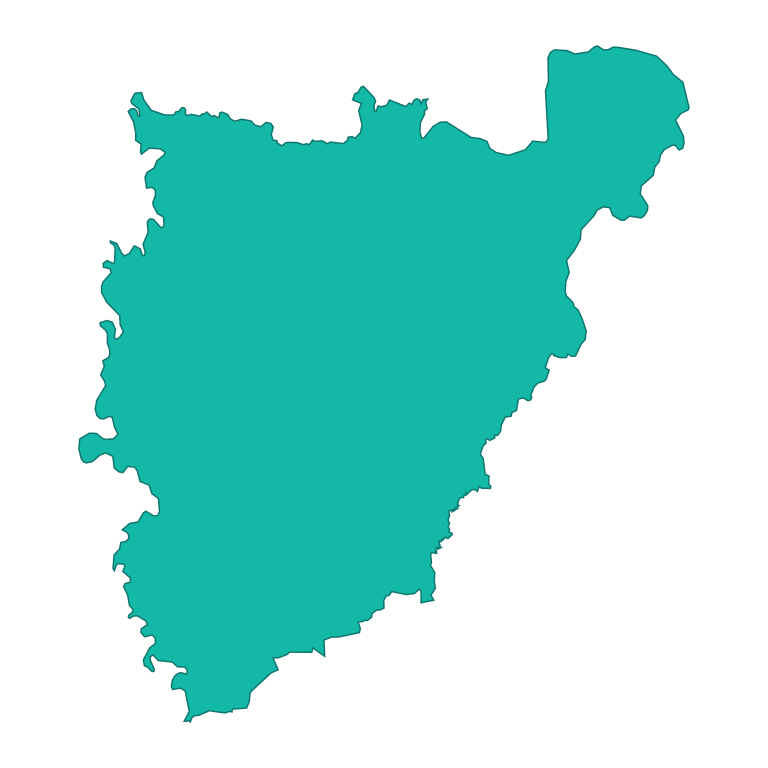 outline of Wiang Sa, Surat Thani, Thailand
{"feature_id": "78962969B32749980960035", "entity_name": "Wiang Sa", "entity_type": "district", "adm_level": 2, "iso_a3": "THA", "parent_name": "Thailand", "parent_adm1": "Surat Thani", "projection": "natural_earth1", "projection_center": [99.354, 8.589], "detail": "fine", "context": "isolated", "style": "filled", "palette": "teal", "viewbox_px": 768, "rotation_deg": 0, "n_neighbors": 0, "source": "geoboundaries", "source_scale": "gbopen_adm2", "svg_char_len": 6089}
<svg xmlns="http://www.w3.org/2000/svg" viewBox="0 0 768 768"><path d="M141.5,92.5L135.0,93.2L131.0,100.6L131.7,103.4L139.0,109.1L139.9,116.0L138.1,116.2L136.7,110.7L134.6,108.8L131.2,108.8L128.2,111.5L133.6,122.1L135.8,133.3L135.6,140.3L141.2,144.2L140.5,151.9L141.4,154.1L149.4,148.1L160.5,148.9L165.0,152.3L164.4,154.7L157.1,160.6L154.1,167.9L147.0,172.5L145.0,177.4L146.6,188.1L152.0,187.3L155.3,190.0L155.4,195.6L153.0,202.0L153.1,205.2L157.4,213.5L163.4,217.0L164.1,224.4L162.9,227.3L161.1,227.8L153.6,219.5L150.2,218.8L148.1,220.6L147.3,223.2L148.2,232.2L143.1,244.2L145.3,252.9L144.1,255.9L142.6,255.5L140.1,248.7L134.2,245.9L129.4,253.4L124.6,256.0L121.6,253.1L116.7,243.4L110.4,241.1L110.4,242.8L113.8,244.9L115.2,248.4L114.5,262.5L113.1,263.4L107.0,260.6L103.2,263.4L103.5,267.3L110.2,268.8L111.2,272.7L103.1,282.0L101.5,286.8L101.6,292.6L106.6,302.0L119.7,315.6L120.2,324.7L123.4,331.8L119.5,337.5L116.3,339.3L114.3,337.6L115.4,329.3L112.3,322.1L106.8,320.5L100.0,322.8L100.5,325.8L105.4,330.0L107.5,333.9L107.3,342.9L109.5,349.1L109.8,354.4L108.4,357.6L102.9,360.7L104.3,366.5L100.7,374.9L104.8,381.6L105.6,385.6L96.7,400.4L95.2,409.2L96.9,415.4L100.1,418.6L103.7,418.9L109.1,416.5L112.2,417.1L114.4,426.9L118.0,434.3L113.5,438.8L105.9,439.5L102.3,438.3L96.3,433.4L89.3,433.2L79.7,439.1L78.9,449.0L81.3,458.7L83.5,461.8L86.2,462.9L92.4,461.5L99.9,455.1L105.6,452.9L112.8,456.3L114.3,468.0L118.7,471.7L122.8,472.7L127.7,466.4L134.7,467.1L137.3,470.9L140.1,481.5L149.1,485.1L151.9,493.7L158.5,498.5L159.5,511.6L157.9,515.4L154.1,516.1L145.8,511.2L143.4,512.9L138.1,522.0L129.6,523.5L122.3,529.9L127.1,532.4L128.8,535.5L128.7,538.6L126.0,541.3L120.9,542.5L119.5,549.1L114.1,555.0L113.0,568.6L114.4,570.7L116.3,565.1L118.0,563.7L123.7,564.1L125.0,566.1L122.8,571.4L130.3,577.8L130.4,582.1L125.1,583.6L123.6,586.5L127.7,595.2L129.4,605.2L133.1,609.6L132.7,612.0L128.7,615.4L128.4,617.6L129.7,618.3L133.5,616.0L137.6,615.9L146.1,621.1L147.3,624.9L141.3,628.6L141.0,632.6L144.7,636.8L152.4,634.9L155.2,638.3L155.5,643.4L149.8,647.8L143.4,659.8L144.4,665.8L147.6,667.1L152.0,671.5L153.9,671.4L154.4,669.8L150.1,659.6L150.3,656.7L153.0,654.9L158.3,660.5L172.3,662.1L177.5,666.8L184.7,667.0L186.9,669.7L187.4,672.4L186.4,673.9L180.0,672.7L175.5,675.2L172.6,679.7L171.3,686.4L172.6,689.5L180.1,688.1L185.1,690.8L189.3,711.3L184.2,721.3L188.7,720.8L190.3,721.9L191.9,717.7L194.1,715.8L198.6,715.4L209.3,710.7L224.8,712.9L230.0,711.3L231.9,712.0L232.4,709.1L246.6,708.0L249.2,701.8L250.1,693.1L251.6,690.9L271.3,672.7L278.1,669.8L273.0,658.0L278.6,657.7L287.0,654.5L289.5,652.1L311.7,652.3L313.0,648.0L324.7,656.3L323.9,640.1L331.4,637.1L339.1,636.9L359.4,632.6L360.3,628.6L358.2,622.0L363.2,621.4L365.2,619.9L367.1,620.7L371.6,617.2L372.2,613.4L377.4,609.7L379.3,610.2L384.0,608.1L383.7,600.5L386.3,595.9L389.2,595.3L391.7,591.6L406.4,594.5L414.4,593.5L419.1,589.3L421.1,590.6L421.1,602.8L433.8,600.2L431.0,595.2L435.3,588.3L434.3,580.6L434.8,572.6L430.5,565.5L431.4,562.4L430.7,555.3L431.2,552.6L436.6,553.4L436.6,551.4L435.4,551.4L436.3,547.6L437.2,547.3L437.8,549.2L441.3,547.4L439.4,546.8L440.2,545.2L439.2,544.4L439.3,541.1L441.0,541.8L441.8,539.4L442.8,540.1L445.2,537.2L447.9,538.6L452.2,534.6L451.7,533.0L449.1,532.1L449.5,529.2L448.1,526.5L449.5,523.4L448.0,520.0L449.6,515.5L448.8,511.3L453.1,509.8L452.4,511.6L454.5,510.5L455.0,508.3L455.6,509.6L457.8,508.4L457.2,506.9L459.1,505.6L457.5,504.8L458.7,500.3L460.2,497.6L463.6,497.5L463.8,495.5L465.8,495.1L465.8,492.7L466.9,494.3L471.7,489.8L474.5,489.4L477.4,491.4L479.1,486.6L481.8,488.3L490.4,488.4L490.8,486.1L489.2,485.1L488.7,482.6L489.0,476.0L485.1,474.2L483.2,458.6L480.3,454.1L483.1,445.9L486.1,443.0L485.6,439.9L487.0,438.6L489.7,440.4L494.7,438.0L494.6,435.2L497.6,435.4L500.6,431.2L501.3,425.2L505.1,417.1L511.3,416.1L511.8,412.5L516.4,410.6L518.4,398.9L523.6,398.0L527.9,400.7L530.8,399.8L531.8,396.7L530.7,395.4L534.0,387.0L537.7,383.2L544.1,381.2L546.2,379.2L549.2,370.1L545.2,367.9L548.5,357.8L551.1,354.1L552.9,353.8L554.2,355.8L560.0,357.6L566.3,357.5L568.0,354.0L571.3,356.3L575.5,356.0L581.1,344.1L585.1,339.7L586.2,331.1L582.1,318.6L578.1,310.0L574.3,306.9L572.9,302.6L566.4,295.9L565.1,291.5L565.9,281.4L569.2,272.3L566.5,260.6L574.6,249.9L580.4,239.2L581.1,229.7L594.3,215.4L597.0,210.1L603.5,206.8L609.7,207.7L612.9,215.5L621.3,220.3L624.5,220.1L629.6,216.1L641.2,217.9L644.2,215.8L647.4,210.5L647.8,205.7L640.2,193.8L641.4,185.8L653.2,175.4L654.8,167.1L659.2,161.4L660.4,155.2L664.3,149.5L672.3,145.2L675.3,145.3L679.1,150.0L682.8,148.1L684.0,142.6L683.4,136.1L675.5,120.1L680.9,113.4L688.0,110.0L689.1,107.8L682.9,82.3L673.1,74.4L667.2,66.2L656.7,56.2L635.6,50.2L617.7,47.3L613.2,47.1L608.3,49.7L603.7,49.9L597.5,46.1L594.6,46.8L588.2,52.0L574.6,54.0L567.1,50.6L554.4,49.9L550.5,52.3L548.0,57.9L548.5,81.3L545.5,90.8L548.2,138.8L546.1,142.0L544.3,142.4L532.7,141.1L525.4,149.8L508.5,155.3L496.3,152.6L489.9,148.5L487.0,141.4L479.8,138.6L471.0,137.4L446.4,121.9L440.1,122.3L433.3,126.3L424.1,137.7L421.7,138.5L419.8,131.5L420.5,122.4L424.4,114.6L424.7,110.4L427.2,108.7L425.7,101.8L427.8,99.1L423.0,99.7L421.1,103.7L419.7,100.0L416.4,98.8L413.8,100.4L412.2,104.3L409.1,103.2L405.9,106.6L389.5,100.0L386.9,105.2L381.3,106.7L378.1,106.0L376.1,111.3L374.6,111.5L374.0,105.2L375.6,101.4L374.1,97.6L363.5,86.4L361.1,87.2L357.9,92.5L354.8,93.8L352.6,99.9L361.4,103.4L358.7,110.6L362.1,125.1L360.4,132.7L355.1,138.2L352.0,136.6L348.2,137.2L347.3,140.5L343.3,143.6L330.5,142.0L327.5,143.8L322.2,140.8L314.9,141.4L312.7,140.0L308.9,144.9L306.8,143.7L303.5,144.7L296.9,142.6L289.5,142.4L286.0,142.7L281.8,145.8L277.0,142.9L276.9,140.7L273.0,140.2L271.3,134.4L273.3,127.0L271.0,123.6L266.2,122.4L260.8,126.7L254.8,125.1L251.2,121.0L241.5,119.2L234.8,121.3L230.5,119.0L227.5,114.3L221.9,112.1L219.6,113.1L219.5,116.8L217.9,117.5L214.0,115.6L211.6,116.6L206.8,112.0L204.2,114.2L202.3,113.7L200.0,116.2L191.1,114.3L187.8,115.6L185.3,114.2L185.6,109.6L183.9,107.7L181.7,107.8L179.0,111.3L175.8,111.9L173.9,115.0L164.8,115.0L151.4,110.4L144.0,100.3L141.5,92.5Z" fill="#14b8a6" stroke="#0f766e" stroke-width="1.5"/></svg>